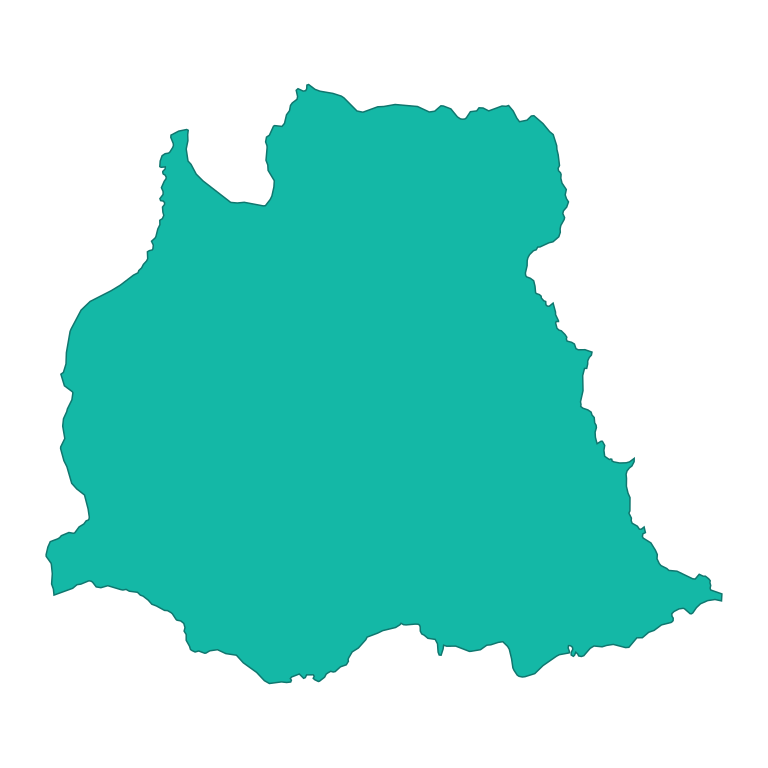 outline of Remexio, Aileu, East Timor
{"feature_id": "22284137B74211319076421", "entity_name": "Remexio", "entity_type": "district", "adm_level": 2, "iso_a3": "TLS", "parent_name": "East Timor", "parent_adm1": "Aileu", "projection": "natural_earth1", "projection_center": [125.716, -8.631], "detail": "fine", "context": "isolated", "style": "filled", "palette": "teal", "viewbox_px": 768, "rotation_deg": 0, "n_neighbors": 0, "source": "geoboundaries", "source_scale": "gbopen_adm2", "svg_char_len": 6063}
<svg xmlns="http://www.w3.org/2000/svg" viewBox="0 0 768 768"><path d="M54.0,595.1L72.7,588.3L77.0,584.7L80.9,584.1L88.9,580.8L91.2,581.2L92.6,582.2L96.2,586.9L100.9,587.7L107.8,585.7L120.8,589.6L122.9,590.0L126.1,589.4L129.3,591.2L137.5,592.3L140.3,595.1L143.0,596.1L148.2,600.1L151.8,604.2L156.3,605.9L164.5,610.4L167.5,610.6L171.0,612.6L172.4,613.8L176.1,619.5L177.0,620.2L180.7,620.9L183.8,623.4L185.0,627.7L184.1,631.1L186.2,634.5L186.2,640.3L189.5,646.2L190.5,649.5L192.1,650.6L195.1,652.0L198.7,651.0L204.6,653.2L205.9,653.1L209.8,650.8L217.5,649.7L225.8,653.6L236.4,655.2L243.3,662.8L256.6,672.4L264.4,680.7L269.4,683.5L281.5,681.9L286.6,682.5L290.7,682.0L291.4,680.2L290.3,678.6L291.6,677.0L299.3,674.0L303.6,678.3L305.3,677.6L306.6,674.9L313.3,674.8L314.2,676.3L313.2,678.3L314.7,679.7L318.4,681.5L319.5,681.2L324.6,677.2L326.2,674.1L327.9,672.9L330.7,671.3L333.2,672.0L335.2,671.6L340.5,666.8L346.3,664.8L348.4,661.3L348.1,659.5L348.6,658.0L352.2,651.9L358.4,648.0L365.8,639.7L367.1,637.1L377.7,633.1L382.8,630.6L395.6,627.5L399.9,624.8L401.0,623.3L403.6,624.7L406.1,624.9L415.1,624.1L418.1,624.2L419.5,625.1L420.2,626.8L420.3,631.1L421.7,633.9L424.2,635.2L427.9,638.3L435.2,639.4L437.5,643.8L438.1,652.1L439.2,655.0L441.1,655.2L443.1,649.0L443.6,645.2L446.7,646.2L455.7,646.1L469.4,651.4L470.9,651.3L480.5,649.7L486.8,645.2L490.8,644.8L498.2,642.4L502.8,641.7L507.6,646.4L509.3,649.3L511.6,658.9L512.9,667.9L514.0,670.3L517.2,675.1L519.0,676.3L522.3,677.0L525.0,676.7L534.8,673.6L543.0,665.6L556.5,656.2L559.3,654.7L569.2,652.9L569.4,651.5L568.1,647.8L568.5,645.6L570.5,645.7L572.4,647.2L572.8,649.2L571.1,652.6L571.2,655.0L573.3,656.3L574.5,655.3L575.8,652.2L577.8,654.1L578.6,655.9L581.3,656.5L583.8,655.7L590.2,648.3L594.0,646.0L602.2,646.8L606.7,645.4L613.3,644.4L625.6,647.6L628.9,647.3L636.9,637.8L642.4,637.7L648.7,632.3L654.1,630.4L661.5,624.9L671.0,622.5L672.3,621.6L673.1,620.6L673.2,618.1L672.0,616.3L671.8,613.7L674.0,611.5L679.0,608.9L683.2,608.3L684.4,608.7L690.1,613.7L691.4,613.8L692.8,612.9L696.4,607.7L700.5,603.8L707.7,600.6L715.0,599.5L721.5,600.9L721.9,593.9L710.7,590.0L710.1,588.2L710.7,585.5L709.9,582.6L710.2,580.7L708.7,578.8L705.4,576.2L703.2,576.2L699.2,574.3L695.2,579.0L692.7,578.8L677.0,571.2L668.8,570.4L666.8,568.5L661.0,565.6L659.3,563.6L657.0,558.8L657.3,554.5L655.4,550.2L650.9,542.9L643.2,538.1L642.4,536.5L642.9,533.8L645.4,532.6L644.1,527.0L641.3,529.2L639.4,529.2L637.4,526.2L632.1,523.2L631.2,520.6L631.4,518.1L628.9,513.1L629.9,510.9L630.0,497.6L628.0,493.1L626.4,486.3L626.5,478.3L626.1,474.3L627.0,471.0L629.4,467.9L631.9,466.0L634.1,461.7L634.2,458.4L629.5,461.9L626.2,462.8L619.7,463.0L613.9,461.9L612.0,460.9L611.8,459.3L610.8,459.0L609.3,459.5L604.7,456.3L603.9,450.3L604.7,445.4L602.4,441.3L601.1,441.2L597.1,443.7L596.4,441.2L595.4,437.3L595.1,432.2L596.4,427.6L596.1,425.2L594.7,422.9L594.2,417.5L592.0,415.0L591.1,412.1L587.9,409.9L582.9,408.2L580.7,406.4L581.0,404.7L580.5,401.8L583.0,390.7L582.7,375.6L584.5,368.4L586.7,368.4L587.7,364.0L587.7,360.9L589.3,357.4L591.4,355.1L592.0,352.1L585.0,349.7L578.3,349.8L576.0,348.7L574.4,344.0L571.6,342.3L567.1,341.1L566.3,339.0L566.8,337.2L565.0,334.5L561.3,330.8L559.0,330.1L557.0,328.3L555.6,322.9L556.3,321.5L558.5,321.5L558.5,320.8L555.6,314.7L555.5,312.0L553.1,303.1L549.3,306.2L547.4,306.2L546.6,305.4L545.9,304.7L545.7,301.5L543.8,300.8L541.4,298.1L541.1,296.1L539.4,294.6L536.5,293.6L535.6,292.7L535.0,286.2L533.7,280.8L530.4,278.3L526.7,276.9L525.7,275.6L525.4,273.0L527.1,265.7L527.2,260.6L527.9,257.7L529.6,254.6L533.5,250.7L536.2,249.8L537.7,247.1L540.1,246.9L548.9,242.8L553.0,241.8L558.8,236.8L560.3,232.3L560.1,229.0L560.8,225.5L564.1,219.6L564.6,217.6L562.8,213.5L563.5,210.8L566.7,207.1L568.5,201.9L566.5,198.8L565.2,194.9L566.3,189.5L562.0,183.1L560.8,178.2L561.1,174.5L560.5,172.8L558.5,170.7L558.1,168.3L559.5,165.5L558.2,154.8L556.9,149.4L556.7,145.7L553.2,134.6L549.6,131.6L543.0,123.6L533.9,115.7L531.3,116.0L527.0,120.2L519.5,121.7L516.9,118.3L513.2,111.0L508.6,105.5L506.1,106.3L502.0,106.0L488.7,110.9L483.1,108.0L479.0,107.8L476.7,110.9L470.4,111.7L466.3,117.9L464.8,119.0L462.5,119.2L460.5,118.9L457.4,116.9L450.9,108.9L443.4,106.0L440.9,105.8L434.7,111.2L429.3,112.0L417.5,106.5L395.1,104.5L383.8,106.5L377.7,106.8L362.9,112.2L357.0,111.0L344.0,97.9L341.3,96.1L332.9,93.4L320.0,91.2L315.1,89.4L308.6,84.5L306.9,85.1L306.7,88.8L305.6,90.7L303.2,91.1L298.0,88.7L296.2,90.3L297.6,96.6L297.0,99.3L292.3,102.9L290.5,105.4L289.5,110.7L286.5,114.8L284.5,123.3L282.0,126.4L274.6,125.6L273.5,126.2L269.4,135.2L266.5,137.1L265.6,141.9L267.0,145.7L267.1,147.7L266.0,160.3L267.8,165.0L268.1,170.4L274.3,180.7L273.9,187.0L271.9,196.0L270.2,199.5L265.4,205.7L263.3,205.9L244.2,202.3L237.4,203.0L230.7,202.4L203.1,181.0L196.2,174.1L191.0,164.3L188.0,161.0L186.2,149.0L187.9,140.7L187.7,134.7L188.2,130.3L186.7,129.5L178.7,131.1L171.0,135.1L170.8,137.4L173.3,143.6L173.4,145.7L172.6,147.7L169.9,152.0L168.6,153.1L165.1,153.7L162.1,155.7L160.2,161.0L159.8,166.6L161.1,167.3L165.3,166.9L165.2,168.9L162.8,171.4L162.8,172.9L163.4,174.2L164.9,174.9L166.2,177.0L166.0,178.8L164.2,181.3L161.4,187.7L163.1,191.5L163.1,194.4L159.9,198.6L160.6,200.6L163.3,201.1L164.6,202.7L164.5,204.5L162.5,207.1L162.9,212.2L163.8,215.4L162.4,218.6L159.8,220.3L159.9,224.7L157.8,229.0L155.9,236.6L155.0,238.1L151.5,241.2L153.3,245.1L152.9,248.9L152.1,250.0L149.4,250.6L147.4,251.8L147.7,258.7L146.6,260.9L143.4,264.4L141.6,267.9L138.8,270.5L138.0,272.8L133.5,275.1L120.1,285.3L110.8,290.9L90.2,301.4L81.1,310.1L71.1,329.0L70.1,331.4L66.4,352.6L66.0,363.9L63.4,372.4L60.9,374.2L64.4,385.8L72.2,391.6L72.9,392.7L71.9,399.8L67.4,408.9L66.7,411.7L63.5,418.7L62.7,426.1L64.8,438.5L60.7,446.9L60.6,448.6L63.9,460.7L66.9,466.7L71.7,483.3L76.8,489.0L84.5,495.0L88.1,508.9L89.3,517.1L89.0,519.0L88.2,520.1L86.2,520.8L83.8,524.0L79.1,526.9L74.7,532.9L73.4,533.3L68.9,532.5L61.3,535.7L59.6,537.7L57.6,538.9L50.3,541.6L47.9,547.0L46.1,554.7L46.2,556.4L51.1,563.3L51.4,564.8L52.3,573.7L51.6,584.0L53.4,589.1L54.0,595.1Z" fill="#14b8a6" stroke="#0f766e" stroke-width="1.5"/></svg>